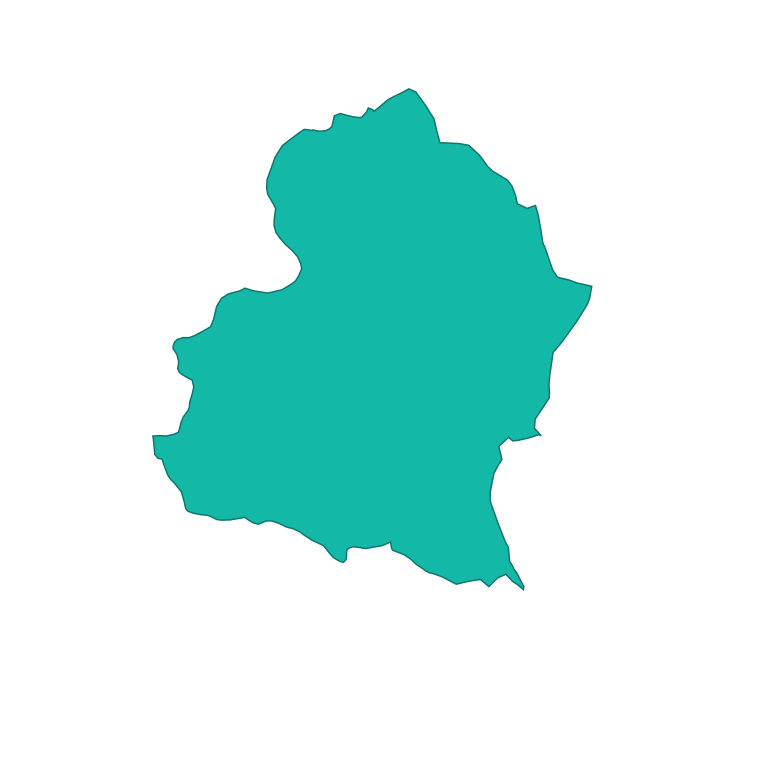 Rawanduz, Arbil, Iraq (Natural Earth projection), rotated 229°
{"feature_id": "34846034B23954207715880", "entity_name": "Rawanduz", "entity_type": "district", "adm_level": 2, "iso_a3": "IRQ", "parent_name": "Iraq", "parent_adm1": "Arbil", "projection": "natural_earth1", "projection_center": [44.626, 36.804], "detail": "fine", "context": "isolated", "style": "filled", "palette": "teal", "viewbox_px": 768, "rotation_deg": 229, "n_neighbors": 0, "source": "geoboundaries", "source_scale": "gbopen_adm2", "svg_char_len": 3111}
<svg xmlns="http://www.w3.org/2000/svg" viewBox="0 0 768 768"><g transform="rotate(229 384 384)"><path d="M137.4,354.2L139.5,356.8L141.9,357.2L154.1,360.2L159.3,360.7L163.8,362.0L167.6,362.4L179.0,370.6L184.6,371.9L188.8,373.2L205.4,379.2L220.7,385.2L225.2,387.0L228.7,389.6L233.2,393.9L236.3,397.8L244.3,408.1L247.7,416.7L248.8,421.0L249.8,423.6L261.6,429.7L262.0,443.0L256.4,443.9L255.4,445.6L253.3,448.6L248.4,457.7L244.2,467.6L241.9,468.7L251.8,468.5L258.4,475.1L260.3,482.5L265.0,499.3L268.4,502.8L275.0,507.8L281.6,514.5L288.5,522.6L297.0,532.4L297.6,537.5L299.1,546.4L304.8,570.6L306.5,576.2L310.7,589.7L313.9,595.5L321.4,604.9L333.7,595.9L341.5,591.6L350.6,585.0L356.9,585.8L359.7,586.2L379.8,594.4L386.8,596.7L397.7,603.7L410.9,611.5L419.4,615.4L419.5,615.2L422.6,607.2L432.6,602.9L440.4,607.2L444.6,608.7L449.5,610.4L456.5,611.0L465.2,608.3L473.4,605.6L480.0,605.0L493.0,606.1L498.1,605.7L505.2,605.0L508.6,604.5L516.0,598.6L524.3,589.9L529.5,584.5L532.5,586.0L537.3,588.3L544.7,592.1L551.7,595.9L556.9,596.4L566.0,598.0L583.4,599.6L590.4,596.4L592.5,587.2L594.7,579.2L596.0,573.2L596.0,563.0L596.4,555.4L598.6,555.4L602.5,553.3L600.7,549.0L600.3,545.7L599.9,541.9L601.6,539.8L605.9,536.0L610.3,532.8L616.8,528.5L619.0,522.5L615.5,517.7L612.4,513.4L612.4,510.1L612.5,509.8L613.3,506.4L616.8,501.5L619.8,498.8L622.4,497.2L622.4,496.1L625.9,493.4L628.5,490.7L629.3,484.8L630.2,470.8L630.6,463.8L626.7,450.8L620.6,440.0L614.9,429.8L608.8,423.9L603.2,420.6L591.9,418.5L587.5,417.4L581.0,409.9L575.8,405.0L568.9,401.8L561.9,401.2L553.7,401.2L545.0,402.3L540.6,402.3L536.7,402.3L529.4,400.1L525.0,397.5L521.5,390.4L519.8,384.5L520.2,379.1L522.0,368.9L528.9,355.9L539.7,346.8L547.5,341.9L548.8,336.5L554.0,325.8L555.3,317.7L552.3,308.5L544.5,297.7L541.0,290.7L542.7,281.6L544.9,272.4L547.0,267.0L550.9,262.7L553.1,257.3L553.1,254.1L551.4,250.3L549.2,248.1L542.2,247.1L535.7,243.8L530.8,238.4L527.0,237.1L521.8,238.4L516.9,240.1L512.8,241.8L506.5,238.4L502.3,232.8L497.8,225.5L494.0,221.6L492.6,219.0L490.9,211.2L488.1,205.6L483.6,199.2L482.5,197.0L483.9,192.3L487.7,185.4L491.9,181.1L496.4,175.4L494.3,174.2L488.1,169.8L481.1,164.7L476.3,164.7L472.8,167.3L468.0,165.1L457.6,161.2L451.7,160.4L446.8,160.8L435.4,160.4L432.9,159.1L426.4,156.1L420.1,152.6L416.6,152.6L411.8,155.2L406.2,159.5L400.7,164.7L398.3,166.0L396.5,166.8L391.3,169.0L387.9,172.0L382.3,178.9L378.1,185.8L374.7,191.4L369.5,192.7L364.6,194.4L360.5,197.4L359.1,201.7L357.7,205.6L355.2,208.6L352.1,210.8L347.6,213.4L339.6,216.8L334.8,220.3L327.1,223.7L322.3,224.6L313.3,227.2L307.7,229.8L301.5,232.4L293.1,231.9L286.2,231.9L279.6,234.1L276.1,236.2L276.1,238.8L276.8,241.0L279.6,243.6L282.0,245.7L283.1,247.4L283.1,250.0L281.7,253.5L279.2,256.1L272.0,262.1L265.7,272.5L263.3,276.3L261.5,281.9L260.7,284.5L260.5,285.4L254.9,281.9L252.8,281.5L247.0,284.6L241.7,287.3L234.4,289.3L226.3,290.1L221.3,291.6L215.9,292.8L212.5,294.0L208.7,296.7L200.3,301.4L185.5,307.2L179.8,318.1L179.0,319.5L173.2,328.6L162.3,330.2L163.2,342.3L160.4,351.2L157.2,351.2L150.3,351.6L145.0,353.2L137.4,354.2Z" fill="#14b8a6" stroke="#0f766e" stroke-width="1.5"/></g></svg>